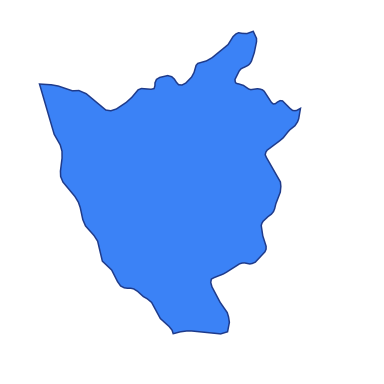 outline of Chlef, rotated 257°
{"feature_id": "DZA-2200", "entity_name": "Chlef", "entity_type": "Province", "adm_level": 1, "iso_a3": "DZA", "parent_name": "Algeria", "parent_adm1": "", "projection": "mercator", "projection_center": [1.303, 36.195], "detail": "fine", "context": "isolated", "style": "filled", "palette": "blue", "viewbox_px": 384, "rotation_deg": 257, "n_neighbors": 0, "source": "natural_earth", "source_scale": "10m", "svg_char_len": 1967}
<svg xmlns="http://www.w3.org/2000/svg" viewBox="0 0 384 384"><g transform="rotate(257 192 192)"><path d="M58.2,141.8L61.8,141.5L66.2,139.4L75.8,132.7L93.5,127.8L98.0,124.4L101.0,121.1L107.5,116.6L110.7,113.4L112.0,110.7L112.7,107.6L113.9,104.4L116.5,101.3L121.4,99.3L134.0,96.2L144.8,89.1L165.3,89.0L171.5,86.8L182.9,80.6L189.7,79.4L201.9,79.6L207.6,79.0L214.0,76.9L230.7,68.5L236.6,67.5L241.9,68.5L254.2,73.0L260.9,74.5L267.6,74.2L279.2,70.7L331.5,67.7L328.1,79.1L325.3,85.6L317.5,98.2L316.3,104.6L311.5,111.1L291.2,126.5L289.4,131.2L289.9,137.0L294.1,148.1L297.8,154.7L303.7,162.5L304.2,166.0L301.3,175.2L301.3,178.3L303.9,179.8L306.7,180.5L309.7,182.7L310.9,186.4L310.9,194.5L308.9,198.2L306.0,200.2L302.4,201.5L299.5,203.1L298.5,206.3L299.5,210.4L304.1,217.5L308.0,220.9L314.5,224.5L316.0,226.6L316.5,235.6L318.3,241.7L327.5,260.3L334.2,267.0L336.1,270.3L336.7,273.2L335.3,276.5L334.0,281.2L334.8,287.8L327.2,289.4L324.0,288.7L313.7,284.0L306.2,279.4L304.5,277.8L303.4,276.3L302.7,274.7L301.8,271.1L301.5,269.3L300.9,267.3L299.2,265.1L292.0,259.2L289.5,258.9L288.0,259.5L287.5,260.4L287.2,260.9L286.9,261.7L284.3,266.1L279.6,270.4L278.5,272.3L277.9,279.0L276.9,281.6L275.7,283.6L273.9,285.0L261.5,289.5L259.5,291.0L259.3,293.1L260.4,295.5L261.2,298.4L260.4,300.7L251.4,306.3L248.8,308.4L248.1,310.5L247.9,312.3L249.1,316.5L239.3,312.4L236.6,310.6L233.4,307.2L230.6,301.3L228.9,298.9L224.3,293.1L222.1,288.8L215.9,274.7L214.2,272.9L211.8,271.7L208.8,272.3L181.9,280.4L177.4,279.8L172.0,278.0L161.6,271.0L157.2,268.8L154.6,267.0L152.6,264.4L150.9,260.5L147.5,254.7L145.7,253.0L143.7,251.9L133.3,251.1L122.5,252.0L119.6,251.3L117.3,249.6L109.4,237.9L108.8,234.6L108.9,232.1L111.1,227.2L111.5,224.8L111.3,222.1L106.1,207.5L105.1,204.1L103.6,194.2L102.8,191.3L99.7,189.9L95.1,190.1L78.1,194.6L66.6,199.2L62.0,199.5L56.6,199.1L47.8,195.2L47.3,188.0L56.7,160.3L57.8,155.5L58.4,149.0L58.2,143.6L58.2,141.8Z" fill="#3b82f6" stroke="#1e3a8a" stroke-width="1.5"/></g></svg>